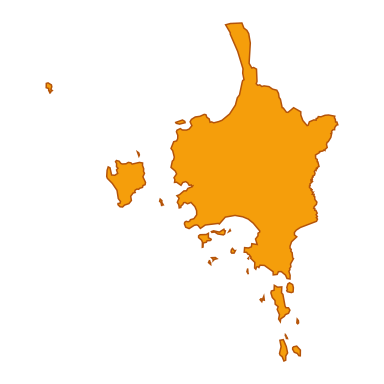 Sattahip, Chon Buri, Thailand (Mercator projection)
{"feature_id": "78962969B45333129363776", "entity_name": "Sattahip", "entity_type": "district", "adm_level": 2, "iso_a3": "THA", "parent_name": "Thailand", "parent_adm1": "Chon Buri", "projection": "mercator", "projection_center": [100.926, 12.687], "detail": "fine", "context": "isolated", "style": "filled", "palette": "amber", "viewbox_px": 384, "rotation_deg": 0, "n_neighbors": 0, "source": "geoboundaries", "source_scale": "gbopen_adm2", "svg_char_len": 6091}
<svg xmlns="http://www.w3.org/2000/svg" viewBox="0 0 384 384"><path d="M334.8,116.2L328.5,115.0L325.0,115.3L321.0,116.8L318.3,116.6L317.5,118.3L316.2,118.5L316.1,120.2L313.8,119.9L309.4,121.8L308.1,125.3L307.1,125.6L302.8,120.5L300.8,115.0L300.8,111.8L293.6,107.7L288.0,112.4L286.4,112.2L283.3,108.0L282.2,107.7L280.4,99.2L279.1,97.5L278.5,93.4L276.8,90.2L272.5,89.1L269.0,86.6L264.0,85.9L261.8,86.5L259.8,84.9L257.7,85.3L256.2,83.7L257.0,81.5L256.5,69.1L253.6,67.5L251.8,68.0L249.1,63.3L250.3,43.0L248.7,33.6L246.9,30.4L243.9,28.1L241.9,23.0L230.4,23.5L225.6,24.8L230.3,32.8L230.2,34.1L237.7,51.4L243.0,68.8L242.7,73.2L244.0,79.7L242.7,80.5L242.2,82.1L239.5,94.9L237.3,97.8L235.4,105.1L229.6,114.0L222.0,120.3L218.7,121.6L213.8,122.8L211.6,121.9L210.1,122.3L209.1,118.8L206.9,117.4L205.9,114.7L204.2,114.4L200.0,116.3L195.2,117.0L191.4,119.4L190.1,121.8L191.9,125.7L189.1,129.1L186.4,130.1L182.3,130.0L180.3,128.6L177.0,130.2L176.4,131.8L177.8,135.3L177.7,138.7L176.6,140.9L173.7,141.7L171.0,148.5L172.7,150.7L174.3,157.1L173.6,159.9L172.3,161.2L171.0,167.4L175.3,171.1L176.6,173.9L174.0,177.7L174.9,179.7L174.5,182.4L176.6,182.2L181.0,185.3L182.7,182.5L185.7,181.6L187.7,182.9L189.2,185.4L191.2,184.9L191.6,186.2L192.7,185.9L192.3,186.7L187.9,188.4L186.4,190.8L183.9,190.9L179.5,194.7L176.9,195.7L179.1,198.2L177.3,202.3L178.8,204.7L179.2,207.9L180.8,207.5L181.0,205.9L182.8,204.5L183.6,202.7L185.2,202.5L187.5,203.8L191.0,202.4L194.9,206.6L196.6,210.7L196.7,214.8L193.9,218.7L190.4,219.7L189.7,221.1L188.1,221.8L186.2,221.3L184.7,222.3L184.4,223.9L185.7,227.2L189.1,228.6L194.3,225.3L196.5,224.9L198.0,225.4L200.4,228.4L205.3,225.0L218.3,223.4L219.3,224.0L225.3,217.1L235.0,215.4L242.8,216.8L248.3,219.1L253.3,223.2L259.8,231.0L259.6,232.2L258.0,233.2L258.0,235.8L255.5,239.0L257.2,244.5L251.8,243.7L251.4,246.8L248.5,248.0L244.6,247.6L244.2,252.2L246.6,252.3L247.8,254.1L249.1,254.5L251.0,257.1L250.7,258.3L254.8,262.4L254.6,268.0L255.8,269.2L256.6,267.0L258.0,266.7L258.9,267.5L260.0,265.2L264.4,265.4L273.1,271.7L273.2,274.9L277.2,274.4L278.4,271.7L281.3,271.6L285.5,275.1L287.0,278.5L290.0,279.0L290.1,275.2L288.9,271.3L289.9,269.7L289.6,268.5L290.9,266.8L290.5,264.0L293.5,258.6L292.7,257.9L292.1,252.6L290.9,251.4L291.2,249.3L290.1,248.5L290.0,246.2L291.6,241.7L296.8,236.8L294.5,235.0L294.4,232.5L296.3,230.1L300.3,227.5L316.5,221.3L317.5,219.1L316.3,217.7L317.4,216.6L316.1,214.7L317.2,213.2L315.9,210.4L314.8,210.3L314.8,208.5L313.7,208.3L314.2,206.6L316.4,204.4L316.9,202.1L314.8,199.4L314.7,196.6L313.8,196.0L314.1,194.4L312.3,194.3L313.2,192.4L312.6,192.6L311.7,190.7L312.0,189.8L311.0,189.9L311.2,188.8L309.5,187.6L309.5,185.9L310.2,185.7L309.9,184.0L312.6,181.4L312.0,180.5L311.0,180.9L310.9,179.6L312.3,179.3L312.0,178.0L313.1,177.0L312.6,176.2L314.5,175.1L315.0,173.2L314.3,171.5L315.2,170.3L316.1,170.6L316.3,168.4L317.3,168.5L317.2,167.5L319.0,166.5L317.9,161.9L317.2,161.7L317.2,159.4L315.7,158.5L315.5,155.0L319.6,152.5L319.5,151.6L322.9,151.0L323.8,150.0L325.0,150.5L325.1,149.4L327.2,147.5L326.5,144.4L327.1,142.3L328.2,141.7L330.8,137.5L331.5,134.3L330.9,133.5L331.9,133.0L331.6,131.1L333.2,129.6L334.6,129.7L334.7,127.6L336.5,125.1L337.8,124.8L336.9,122.0L335.6,122.0L335.3,119.2L334.4,117.9L334.8,116.2ZM119.1,161.2L116.4,160.5L115.5,161.7L116.6,163.5L116.5,166.7L118.0,168.2L116.5,169.9L117.7,173.4L114.8,175.3L111.6,175.0L110.0,167.8L108.2,166.9L107.1,170.3L106.7,176.5L107.4,178.4L112.4,183.5L117.0,190.3L118.3,198.6L120.5,201.5L120.0,203.2L118.0,203.5L118.0,204.7L120.1,206.8L122.6,207.0L124.5,205.1L128.9,203.6L131.4,200.5L130.7,196.3L133.1,193.0L135.2,192.5L134.7,191.3L135.3,190.0L136.9,189.1L138.7,189.3L139.6,188.3L142.5,187.4L143.0,185.5L145.1,184.7L145.5,182.4L142.9,176.8L144.5,173.3L143.5,171.4L143.7,168.7L142.5,165.5L142.6,163.0L139.5,162.4L132.1,164.1L130.9,162.8L128.3,162.4L126.0,163.8L122.3,164.0L120.8,163.4L119.1,161.2ZM277.6,287.2L274.3,285.3L274.1,290.2L271.4,291.0L270.9,292.9L272.3,297.5L275.0,300.5L275.2,304.2L278.2,306.7L277.2,309.4L279.5,314.7L278.6,319.0L280.3,321.7L280.7,318.9L284.3,316.4L285.4,314.6L288.5,313.3L289.9,310.2L288.5,307.8L285.9,307.7L285.0,305.9L282.9,294.4L281.5,292.8L281.8,286.9L277.6,287.2ZM283.3,339.6L279.9,340.3L281.1,346.7L279.5,353.5L280.2,355.2L282.1,356.6L283.9,361.0L285.7,360.2L285.8,355.9L287.6,352.9L286.3,346.6L283.3,339.6ZM208.4,237.8L208.4,233.3L206.3,234.5L200.1,234.7L198.6,235.9L198.6,237.6L201.5,240.1L202.4,242.1L202.3,247.3L203.0,247.1L203.2,243.0L206.4,242.2L207.1,240.7L210.1,240.6L211.2,239.7L210.9,238.9L208.4,237.8ZM300.4,350.1L296.7,346.1L293.6,346.8L292.7,347.7L292.6,349.2L294.3,352.3L297.3,353.4L298.9,355.7L300.3,355.8L300.4,350.1ZM292.6,284.6L289.5,282.8L287.9,283.9L286.8,287.5L287.4,289.5L286.7,290.6L287.4,291.7L291.4,292.6L293.1,291.9L293.4,287.7L292.6,284.6ZM50.9,89.4L51.8,86.8L51.4,84.9L48.1,82.9L46.3,83.4L46.2,87.7L48.6,88.5L48.7,90.2L50.3,91.7L52.3,90.6L50.9,89.4ZM224.6,231.0L223.9,229.2L219.4,232.1L213.6,230.8L211.4,231.6L211.9,232.4L214.6,232.0L217.8,234.0L223.4,234.9L224.6,234.0L225.3,230.9L224.6,231.0ZM185.1,122.7L184.8,121.4L182.5,120.0L175.7,122.4L176.2,123.3L179.5,124.1L185.1,122.7ZM234.5,250.8L232.4,248.4L231.3,249.9L231.0,252.1L231.7,253.1L234.1,253.1L235.4,250.6L234.5,250.8ZM161.8,202.3L161.9,200.6L160.2,199.1L159.6,201.3L161.0,202.6L161.7,206.1L161.8,205.1L163.3,204.9L161.8,202.3ZM264.3,300.2L263.8,296.2L262.6,299.1L260.9,298.8L260.1,299.7L261.8,301.7L262.4,299.8L264.3,300.2ZM215.3,257.5L211.6,257.7L213.2,259.5L213.1,260.7L214.4,259.4L217.0,258.7L215.3,257.5ZM297.7,323.8L298.6,322.9L298.4,320.6L297.2,319.1L296.8,322.9L297.7,323.8ZM210.7,264.5L210.6,262.5L209.6,261.5L209.6,260.1L208.5,262.6L210.7,264.5ZM248.4,274.2L247.9,272.3L247.7,268.5L246.9,271.7L248.4,274.2ZM139.4,154.9L138.7,152.8L137.4,151.9L138.9,156.1L139.4,154.9ZM287.5,338.6L287.0,337.2L286.0,336.7L286.4,338.5L287.5,338.6ZM228.8,231.7L230.5,230.8L230.0,229.7L228.8,231.7ZM285.9,336.3L286.1,335.5L285.4,334.7L285.3,335.7L285.9,336.3ZM247.9,258.5L248.5,258.9L248.7,257.6L247.9,258.5ZM50.4,92.7L49.6,92.2L50.0,93.0L50.4,92.7Z" fill="#f59e0b" stroke="#b45309" stroke-width="1.5"/></svg>